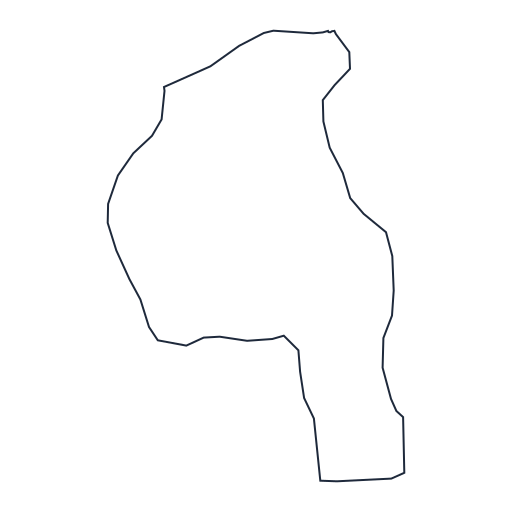 an SVG outline of Al Marj
{"feature_id": "LBY-2981", "entity_name": "Al Marj", "entity_type": "Municipality", "adm_level": 1, "iso_a3": "LBY", "parent_name": "Libya", "parent_adm1": "", "projection": "natural_earth1", "projection_center": [21.128, 31.907], "detail": "fine", "context": "isolated", "style": "outline", "palette": "slate", "viewbox_px": 512, "rotation_deg": 0, "n_neighbors": 0, "source": "natural_earth", "source_scale": "10m", "svg_char_len": 827}
<svg xmlns="http://www.w3.org/2000/svg" viewBox="0 0 512 512"><path d="M164.0,87.0L210.4,66.3L239.2,45.8L263.8,33.0L273.4,30.7L313.3,33.3L322.8,32.4L328.0,30.9L328.5,32.1L330.3,32.3L332.1,31.2L334.1,31.0L334.4,30.9L335.9,34.1L349.3,52.1L350.0,68.8L334.7,85.0L322.8,100.1L323.4,121.5L329.7,147.7L342.8,173.0L350.2,198.1L363.6,213.8L386.0,232.2L392.3,256.1L393.7,290.6L392.0,315.6L383.4,338.0L382.6,367.7L391.0,398.9L396.4,411.0L403.1,417.1L404.3,472.8L391.3,478.6L336.9,481.3L320.3,480.7L313.9,418.5L304.1,398.0L300.1,371.7L298.4,350.3L283.8,335.7L272.3,339.0L247.1,340.8L219.7,336.7L203.7,337.6L186.3,345.6L157.8,340.3L149.0,327.0L140.4,299.5L129.4,279.1L116.3,250.4L107.7,222.9L108.1,203.9L117.9,175.5L133.3,153.3L152.0,135.8L161.6,119.4L164.5,91.0L164.5,90.8L164.0,87.0Z" fill="none" stroke="#1e293b" stroke-width="2"/></svg>